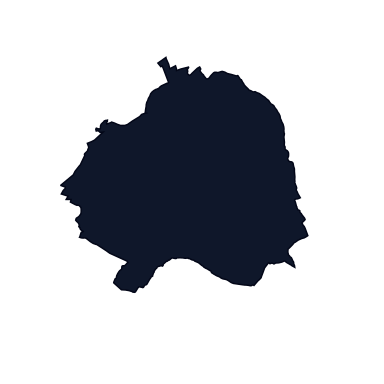 Martinesti, Hunedoara, Romania, rotated 322°
{"feature_id": "2599482B2087288653186", "entity_name": "Martinesti", "entity_type": "district", "adm_level": 2, "iso_a3": "ROU", "parent_name": "Romania", "parent_adm1": "Hunedoara", "projection": "equal_earth", "projection_center": [23.115, 45.787], "detail": "fine", "context": "isolated", "style": "filled", "palette": "ink", "viewbox_px": 384, "rotation_deg": 322, "n_neighbors": 0, "source": "geoboundaries", "source_scale": "gbopen_adm2", "svg_char_len": 5937}
<svg xmlns="http://www.w3.org/2000/svg" viewBox="0 0 384 384"><g transform="rotate(322 192 192)"><path d="M264.1,283.4L264.6,282.0L264.6,277.5L264.8,276.4L264.5,274.5L264.6,274.3L265.3,273.4L265.4,273.1L265.1,272.2L264.6,271.5L264.5,271.2L265.0,269.0L265.5,268.2L265.5,267.6L267.1,263.9L267.8,261.7L268.2,261.3L268.5,261.2L269.9,261.6L270.8,262.3L271.8,262.7L273.4,263.1L273.8,263.2L274.4,258.6L275.0,256.5L275.2,255.0L275.5,254.4L275.8,254.1L276.4,253.8L277.0,253.2L277.6,251.8L278.1,249.8L278.4,249.2L278.5,248.4L278.7,247.9L279.7,246.9L280.5,245.6L282.4,243.4L285.4,238.8L286.9,236.9L287.4,235.7L287.9,234.3L289.3,231.6L289.4,230.9L289.4,230.4L288.9,229.4L287.8,228.3L287.5,227.9L287.4,227.3L287.4,226.5L287.6,225.1L287.8,224.8L288.4,224.2L290.0,223.3L290.9,222.3L291.6,221.4L292.1,220.6L292.4,219.8L292.5,218.6L292.4,217.9L291.9,216.8L291.9,216.4L292.0,215.1L292.1,214.7L293.1,213.9L293.1,213.6L293.1,213.1L293.3,212.6L293.2,212.5L294.3,210.9L294.9,210.4L295.6,209.5L298.3,205.2L300.7,203.0L300.8,202.4L302.3,200.0L303.2,199.1L304.4,197.2L305.5,194.6L305.9,192.2L306.2,191.0L306.5,190.6L306.6,189.8L306.8,188.8L308.2,186.2L308.8,183.4L308.7,182.3L308.8,182.0L309.3,179.1L309.2,177.7L309.3,176.1L309.6,174.5L309.5,173.9L309.2,172.8L308.5,171.3L308.5,168.7L308.7,167.5L308.7,166.9L308.0,164.3L307.7,162.1L306.8,159.6L305.8,156.1L305.3,155.1L304.7,154.4L303.6,152.1L303.5,151.8L302.2,151.1L301.6,150.5L300.8,148.6L299.8,146.9L299.7,146.5L299.7,145.3L299.2,141.7L299.1,139.7L299.5,138.0L299.4,137.2L300.0,133.9L299.5,133.2L299.5,132.7L299.8,128.6L299.6,128.3L298.7,128.0L298.3,127.7L295.3,123.5L293.9,121.8L292.7,120.2L291.7,117.8L290.2,115.7L289.4,115.2L287.0,114.3L286.1,113.9L285.7,113.6L284.9,112.7L283.5,111.6L282.7,111.4L282.2,111.4L279.2,111.8L277.3,112.2L276.3,112.6L275.1,112.7L273.8,112.4L273.2,112.0L272.9,111.3L272.9,110.9L273.0,109.7L272.8,109.1L272.9,107.9L273.1,106.7L272.7,104.7L272.8,101.8L272.9,101.4L273.0,101.3L274.4,100.6L274.7,100.2L275.0,98.2L272.4,97.8L264.8,98.5L263.3,98.8L261.8,98.5L261.2,96.4L262.0,95.0L263.1,94.1L263.5,92.7L265.9,91.9L266.1,91.4L258.9,88.2L254.6,86.8L255.0,86.3L255.6,85.3L256.7,82.4L250.4,81.2L252.3,76.8L253.7,71.1L254.3,69.9L244.5,69.4L244.6,74.1L246.2,74.2L245.5,76.8L241.0,91.3L239.4,91.2L239.2,90.9L233.2,89.5L231.1,89.5L230.8,89.7L230.0,89.7L229.2,90.1L228.8,89.6L228.6,89.5L227.8,89.5L227.1,89.0L224.6,88.6L222.3,88.6L220.0,89.1L217.7,90.5L215.3,91.4L213.1,92.9L212.6,93.0L211.3,93.7L209.6,95.1L208.7,96.2L205.7,98.9L204.9,99.8L204.1,100.4L203.9,101.0L204.2,101.4L200.3,99.9L199.0,100.0L197.7,100.3L196.7,100.3L188.7,99.4L182.7,99.1L180.1,98.2L176.7,95.6L174.7,92.5L173.4,90.0L171.7,87.4L170.7,87.3L166.7,86.0L167.5,84.6L168.7,84.3L169.6,83.3L168.9,83.0L168.5,83.1L168.2,82.5L166.6,82.0L165.2,82.4L164.2,82.4L162.0,82.7L160.6,83.6L158.7,85.8L157.5,85.0L156.7,84.1L156.4,83.5L155.9,82.8L155.3,83.0L154.6,83.6L154.1,85.0L154.7,85.1L155.7,86.1L155.9,86.5L156.0,86.5L156.3,88.5L158.9,90.1L147.1,91.1L143.9,90.5L139.5,89.2L138.2,93.2L135.8,94.6L135.4,95.1L134.2,95.4L131.4,95.7L130.5,96.0L130.0,97.2L120.4,102.0L119.9,101.9L112.6,103.7L109.0,105.4L92.9,105.9L92.7,106.2L95.1,110.0L94.5,111.1L91.5,111.5L87.8,113.1L91.8,119.0L88.3,120.4L92.2,123.5L90.0,125.1L92.2,130.0L93.2,131.7L93.7,131.9L94.5,132.8L94.8,133.4L94.9,135.9L94.0,137.4L92.3,139.6L91.3,140.5L90.5,141.0L89.1,141.3L88.3,141.6L86.8,141.7L86.0,141.5L84.5,141.5L84.1,141.8L83.0,142.6L83.0,144.2L83.3,145.5L83.4,145.9L82.9,148.8L82.1,149.1L81.5,149.6L81.5,150.3L81.8,151.1L81.6,151.6L81.2,151.9L81.1,153.3L81.6,155.0L81.9,155.4L81.9,156.2L80.0,155.6L79.2,156.0L76.2,158.1L75.5,158.4L76.5,160.0L77.3,160.6L77.6,161.1L79.2,162.1L80.2,163.4L80.2,163.8L81.4,168.7L82.5,171.7L84.1,174.2L84.6,174.7L86.7,180.7L88.1,184.9L89.5,189.6L98.2,206.3L98.1,208.2L97.0,208.1L94.5,208.6L93.2,208.4L92.0,207.5L91.1,207.4L89.0,209.5L86.6,209.5L85.6,209.7L83.1,210.6L82.0,211.2L81.3,211.5L79.0,213.4L78.0,213.1L74.7,215.0L74.4,215.5L76.2,225.6L79.3,228.3L81.8,231.1L83.5,233.6L83.7,234.4L85.0,235.7L85.9,235.9L90.5,234.2L92.0,234.1L94.1,236.6L94.5,236.7L94.5,237.1L95.0,237.2L95.5,237.1L95.9,236.8L97.7,236.4L98.9,236.9L99.6,236.9L104.9,234.7L106.1,234.4L107.6,233.8L109.2,234.0L109.5,233.6L111.8,232.1L112.8,231.8L113.0,231.4L114.9,230.6L116.1,230.3L117.2,230.3L118.5,229.7L119.3,229.8L122.6,231.2L122.9,232.1L123.4,232.2L124.0,232.1L124.5,231.5L125.3,231.1L126.5,231.1L128.7,230.9L129.2,230.9L129.6,231.2L130.0,231.3L131.8,231.3L132.2,231.7L132.5,231.7L133.0,231.6L133.4,231.7L134.1,231.5L134.7,231.7L135.7,231.6L137.9,234.2L138.8,234.7L139.3,234.6L139.5,234.6L142.0,236.4L144.0,238.1L146.0,240.2L147.7,241.2L148.2,242.0L148.4,241.8L148.8,242.7L149.2,243.3L150.0,245.1L150.3,245.6L151.3,246.7L151.5,247.1L151.6,248.1L153.6,251.7L154.5,255.8L155.1,257.5L155.1,258.5L155.9,260.6L156.8,262.2L157.0,263.0L157.2,263.3L157.5,264.5L158.1,265.4L158.2,266.0L157.9,266.9L158.0,267.2L157.8,267.7L157.9,268.0L158.2,268.7L158.8,270.6L159.2,271.4L159.4,271.6L159.4,272.0L159.9,273.2L161.2,275.4L161.7,276.6L161.9,277.6L162.4,278.6L163.0,279.6L164.5,281.3L165.4,282.6L166.0,284.0L167.2,287.6L168.4,289.6L174.8,296.3L176.4,297.9L177.5,298.8L177.9,299.2L179.2,300.5L179.9,301.4L180.3,301.8L181.2,302.4L182.8,302.6L183.3,303.8L189.2,302.6L191.4,302.5L193.7,302.1L194.3,301.6L198.7,298.9L202.5,296.5L208.6,294.9L208.9,295.0L209.2,296.4L209.7,296.7L210.9,297.0L211.8,297.9L212.1,298.9L212.7,299.3L214.1,299.4L216.7,301.2L219.8,302.6L222.2,303.2L222.8,303.8L222.8,304.3L223.0,304.5L223.0,305.4L224.4,308.8L224.7,309.7L225.0,310.1L225.2,310.8L225.2,311.2L226.6,314.6L227.6,312.8L227.8,311.5L228.9,309.8L229.0,308.5L229.8,305.3L229.8,304.6L229.4,303.8L229.5,302.4L229.3,301.0L230.5,298.4L232.4,296.2L235.3,295.9L238.9,295.4L241.4,294.8L242.4,295.1L246.2,295.3L249.8,296.2L252.2,297.2L254.8,297.6L256.4,297.7L258.8,290.2L259.2,288.3L259.1,286.2L259.5,284.9L259.4,284.2L260.1,283.9L262.4,283.7L264.1,283.4Z" fill="#0f172a" stroke="#020617" stroke-width="1.5"/></g></svg>